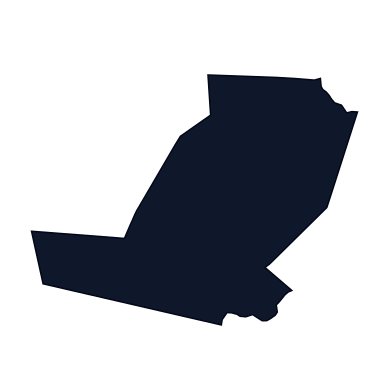 Tanque do Piauí, Piauí, Brazil, rotated 277°
{"feature_id": "56859067B11832506825176", "entity_name": "Tanque do Piauí", "entity_type": "district", "adm_level": 2, "iso_a3": "BRA", "parent_name": "Brazil", "parent_adm1": "Piauí", "projection": "robinson", "projection_center": [-42.274, -6.64], "detail": "fine", "context": "isolated", "style": "filled", "palette": "ink", "viewbox_px": 384, "rotation_deg": 277, "n_neighbors": 0, "source": "geoboundaries", "source_scale": "gbopen_adm2", "svg_char_len": 785}
<svg xmlns="http://www.w3.org/2000/svg" viewBox="0 0 384 384"><g transform="rotate(277 192 192)"><path d="M63.6,237.3L69.0,237.5L76.6,241.5L76.9,246.0L76.1,251.7L74.5,254.8L74.7,260.7L77.7,267.1L74.7,273.3L72.8,277.3L73.4,281.9L75.9,285.3L79.8,289.6L83.2,291.3L86.9,290.3L90.2,289.4L93.2,291.7L97.1,294.2L101.2,296.7L104.4,299.6L106.4,303.1L126.0,273.6L129.9,277.7L134.8,281.6L193.0,327.7L204.7,330.0L291.6,346.5L291.3,340.9L289.4,335.9L296.4,329.8L297.9,322.7L301.1,319.2L304.6,316.3L307.7,312.9L309.6,309.4L312.5,307.3L320.4,305.6L318.0,299.8L317.2,280.4L316.0,261.7L310.1,193.6L270.6,201.1L245.9,173.7L236.9,169.6L172.5,141.9L166.8,139.4L162.7,138.0L155.9,136.0L151.5,134.6L137.7,130.6L133.5,37.5L82.7,55.4L63.6,237.3Z" fill="#0f172a" stroke="#020617" stroke-width="1.5"/></g></svg>